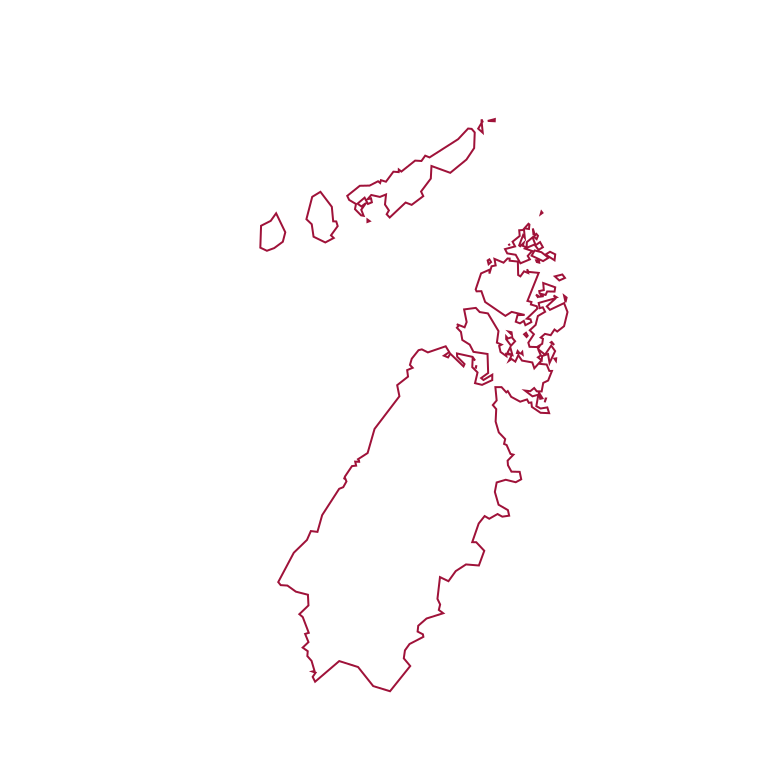 outline of Conamara South Lea-5, Galway, Ireland, rotated 128°
{"feature_id": "5873133B18707060070656", "entity_name": "Conamara South Lea-5", "entity_type": "district", "adm_level": 2, "iso_a3": "IRL", "parent_name": "Ireland", "parent_adm1": "Galway", "projection": "mercator", "projection_center": [-9.603, 53.216], "detail": "fine", "context": "isolated", "style": "outline", "palette": "rose", "viewbox_px": 768, "rotation_deg": 128, "n_neighbors": 0, "source": "geoboundaries", "source_scale": "gbopen_adm2", "svg_char_len": 6206}
<svg xmlns="http://www.w3.org/2000/svg" viewBox="0 0 768 768"><g transform="rotate(128 384 384)"><path d="M622.4,190.1L590.1,189.7L588.0,199.5L581.0,203.5L573.2,203.8L559.0,197.3L557.3,199.2L558.4,205.1L553.4,208.2L542.6,206.1L528.2,196.2L528.3,201.7L523.2,204.0L520.4,209.6L501.7,221.0L499.7,211.8L487.3,212.3L475.7,208.3L468.6,197.5L453.7,202.3L451.9,213.9L454.3,217.1L435.6,223.5L426.1,223.4L425.4,218.1L416.6,214.5L415.7,209.1L410.7,204.3L407.1,208.7L408.6,219.4L400.8,230.2L392.2,234.6L384.5,229.1L380.3,219.7L374.6,217.2L369.7,223.0L374.6,229.6L371.7,236.3L368.3,239.4L360.0,238.5L361.2,241.3L356.6,249.8L357.3,252.5L352.8,254.6L351.5,263.7L344.9,272.9L334.7,280.1L333.6,285.3L327.6,285.1L317.9,294.3L314.1,289.4L315.3,282.5L313.4,282.1L315.8,275.9L314.1,265.8L308.1,261.8L309.7,258.3L307.8,256.5L311.0,253.4L310.3,242.9L305.3,235.9L301.9,240.9L306.9,245.5L307.7,250.3L297.4,255.8L302.3,259.4L302.4,268.9L299.6,264.3L294.7,263.2L295.7,259.2L292.8,255.2L285.1,259.2L280.2,256.8L270.3,259.7L271.9,261.8L268.5,267.8L272.0,273.3L269.8,274.6L279.1,275.2L275.7,280.4L280.6,289.7L278.6,295.9L285.5,294.3L285.8,298.9L288.8,299.8L282.4,301.2L285.1,306.3L286.7,304.7L287.0,311.9L283.1,316.7L280.6,315.6L281.9,320.5L271.8,326.4L264.4,345.6L268.4,352.9L267.5,358.5L275.9,366.8L284.3,357.0L289.7,355.4L292.1,363.5L291.7,361.0L294.8,361.2L295.6,355.4L301.1,349.4L300.2,340.7L303.6,333.3L296.6,320.9L311.2,308.7L319.5,311.1L319.6,308.1L310.0,304.4L314.3,301.1L324.3,306.2L327.3,312.8L317.3,317.4L316.4,324.8L309.1,330.0L309.4,326.7L308.1,330.9L315.0,345.3L317.4,343.2L318.7,332.8L321.2,332.2L319.3,350.4L323.6,349.9L324.8,354.2L318.7,352.2L316.3,358.6L332.1,368.9L333.4,375.5L336.1,377.6L347.0,377.7L353.0,375.3L353.6,371.4L358.8,374.3L363.4,369.6L376.8,372.9L384.2,364.3L425.2,363.8L448.5,354.4L459.3,358.2L459.8,356.5L460.6,355.7L462.9,358.9L465.5,355.7L468.4,358.7L480.9,357.8L483.7,356.9L482.1,356.7L483.9,353.6L490.4,352.6L494.2,354.8L525.4,352.0L541.5,345.4L544.9,351.1L554.3,348.7L572.5,351.2L605.2,345.4L606.1,341.6L602.3,336.0L601.9,325.6L596.9,314.2L605.0,307.2L617.5,309.0L617.7,304.5L626.4,290.1L629.5,292.3L633.9,284.6L641.8,285.8L641.5,279.6L645.6,276.9L646.8,270.6L652.9,262.1L654.7,263.5L653.6,260.2L658.7,259.9L661.0,255.0L629.9,248.7L623.0,230.2L628.7,206.5L622.4,190.1ZM249.3,482.0L227.7,478.7L225.8,472.5L211.8,468.7L209.5,473.3L193.3,473.6L183.0,480.8L176.8,461.8L156.4,457.2L142.6,458.2L129.9,467.4L129.0,472.0L130.9,475.0L145.4,476.3L177.4,487.6L178.7,492.1L185.2,491.8L188.8,497.0L205.9,501.1L205.9,504.4L208.0,502.9L210.9,507.3L223.4,507.0L225.3,511.9L228.0,510.8L227.9,513.5L236.5,517.5L242.7,525.1L258.4,528.8L260.4,524.8L259.4,516.9L264.1,514.5L265.2,505.9L264.0,503.6L260.7,509.2L252.4,509.6L258.0,511.1L258.2,515.9L249.1,514.0L252.0,507.5L248.3,505.4L245.7,508.5L248.5,510.7L242.9,510.4L239.1,502.4L233.4,499.1L242.0,493.7L244.2,487.0L248.6,486.4L249.3,482.0ZM257.1,354.8L255.6,330.3L248.6,327.8L243.0,315.7L247.5,321.2L253.8,318.5L252.5,314.2L248.2,312.7L250.6,308.8L244.5,306.0L242.8,308.4L244.6,311.7L230.1,309.6L228.7,311.5L230.9,317.2L228.6,318.3L230.2,322.1L201.2,330.5L206.7,339.2L205.5,341.9L207.8,338.8L209.0,343.0L215.2,342.8L215.5,345.4L205.1,353.9L209.5,360.9L207.8,362.2L209.0,363.9L214.8,364.5L217.4,374.0L221.8,369.0L225.0,371.7L232.1,368.9L228.9,371.2L237.1,375.6L253.0,370.0L254.0,368.1L250.9,364.4L257.1,354.8ZM276.5,534.2L271.7,552.4L280.7,555.8L301.9,546.6L302.6,539.3L311.3,530.2L308.6,517.4L299.9,513.5L299.5,517.3L288.1,517.7L285.3,521.7L287.1,524.2L276.5,534.2ZM227.6,277.7L214.3,283.7L209.4,291.9L223.4,298.9L222.6,303.5L210.4,301.4L224.9,312.0L228.4,308.0L225.8,306.1L227.9,301.5L235.7,304.6L244.1,300.9L251.9,302.2L252.5,296.5L262.6,295.7L265.1,292.2L260.7,286.2L254.9,284.1L250.5,286.6L250.9,289.1L245.4,288.0L242.9,282.7L236.1,283.2L236.0,279.8L227.6,277.7ZM325.2,555.2L315.9,574.1L325.2,573.7L335.0,578.3L352.7,565.4L351.1,558.3L344.5,554.2L334.2,551.3L325.2,555.2ZM204.9,350.8L196.0,345.8L194.6,349.6L188.0,349.2L190.5,356.3L188.6,355.8L189.7,359.7L186.9,360.8L191.6,361.5L191.6,362.8L181.2,366.0L182.1,363.1L176.4,368.5L179.6,372.1L183.8,368.2L192.7,370.3L194.9,365.4L203.2,371.7L205.2,367.3L201.1,359.8L204.9,350.8ZM265.5,266.5L252.7,269.4L250.8,275.9L261.7,275.2L261.7,284.0L264.9,278.0L268.2,279.1L268.3,274.3L264.6,276.6L259.4,273.2L265.5,266.5ZM202.4,308.6L206.4,320.7L211.6,315.9L215.2,318.9L216.9,316.9L214.3,311.5L210.6,312.4L206.2,306.5L202.4,308.6ZM189.2,334.3L183.3,332.1L183.2,341.1L186.0,347.5L192.0,346.7L189.2,334.3ZM188.9,355.4L180.7,350.9L177.0,357.2L184.3,358.8L188.9,355.4ZM269.6,307.0L268.5,312.2L271.8,314.3L271.3,317.0L273.5,315.3L275.6,307.5L269.6,307.0ZM177.6,334.6L182.5,336.4L181.5,325.8L176.4,328.9L177.6,334.6ZM194.5,309.6L189.0,306.7L187.9,310.9L194.0,315.6L194.5,309.6ZM183.1,344.8L178.4,343.0L176.1,348.4L181.8,350.1L183.1,344.8ZM125.2,460.9L117.9,467.9L124.8,467.0L125.2,460.9ZM282.1,300.7L277.3,307.1L283.6,305.9L282.1,300.7ZM112.8,464.2L108.8,458.5L107.0,459.8L112.8,464.2ZM172.6,365.2L168.8,367.6L168.8,368.8L174.9,369.2L172.6,365.2ZM207.8,291.3L203.5,293.3L203.5,296.5L207.8,291.3ZM175.9,352.9L172.4,353.9L171.9,356.3L175.7,356.6L175.9,352.9ZM220.9,377.7L222.8,378.4L225.2,375.3L222.0,374.7L220.9,377.7ZM173.2,357.6L169.8,362.5L174.0,358.4L173.2,357.6ZM297.7,250.3L295.1,257.3L299.5,251.8L297.7,250.3ZM259.2,300.6L257.5,300.5L256.2,303.6L258.6,304.2L259.2,300.6ZM191.1,338.1L192.9,340.3L193.8,338.7L192.8,336.4L191.1,338.1ZM264.7,315.4L266.0,318.1L266.5,313.5L264.7,315.4ZM248.6,278.1L248.4,274.0L247.6,277.8L248.6,278.1ZM277.7,298.3L276.3,296.0L275.7,299.0L277.7,298.3ZM264.6,498.3L266.5,496.8L264.5,495.6L264.6,498.3ZM209.8,304.9L210.1,301.9L209.4,301.4L209.8,304.9ZM219.9,319.2L220.8,316.3L219.6,315.8L219.9,319.2ZM259.1,265.3L259.9,262.8L257.8,264.1L259.1,265.3ZM295.9,247.7L299.5,246.1L295.7,247.4L295.9,247.7ZM275.4,293.0L273.6,294.8L275.3,294.9L275.4,293.0ZM216.5,312.3L217.4,314.9L218.8,314.5L216.5,312.3ZM153.7,365.1L151.6,364.5L151.2,366.1L153.7,365.1ZM261.2,284.3L259.1,284.6L260.6,285.8L261.2,284.3ZM116.6,467.8L115.4,470.0L117.9,468.1L116.6,467.8ZM312.3,322.7L314.6,321.9L314.5,321.6L312.3,322.7ZM197.4,371.3L198.1,371.4L196.2,370.7L197.4,371.3Z" fill="none" stroke="#9f1239" stroke-width="2"/></g></svg>